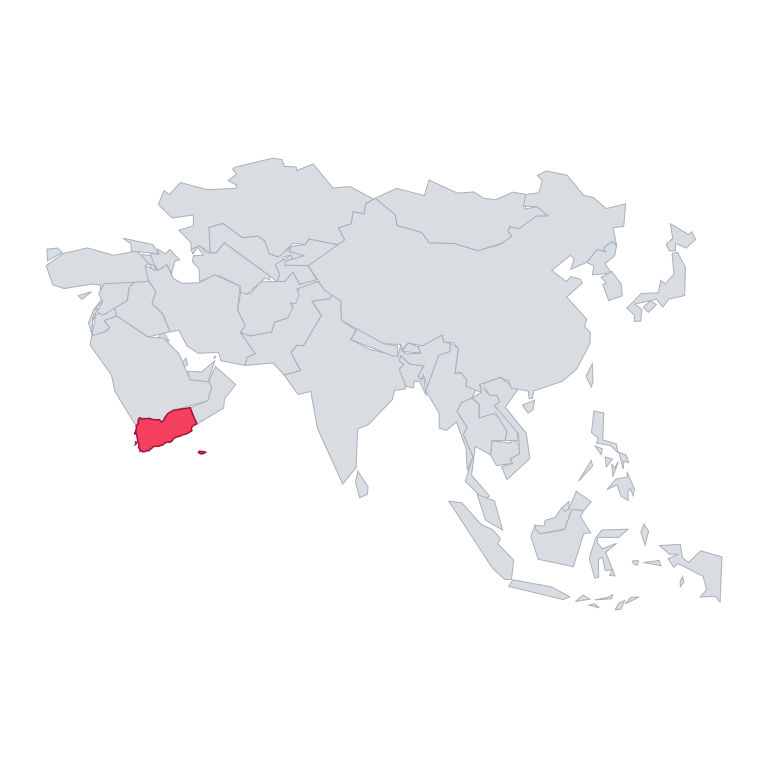 where Yemen sits in Asia
{"feature_id": "YEM", "entity_name": "Yemen", "entity_type": "country or territory", "adm_level": 0, "iso_a3": "YEM", "parent_name": "Asia", "parent_adm1": "", "projection": "natural_earth1", "projection_center": [47.23, 15.658], "detail": "fine", "context": "in_parent", "style": "filled", "palette": "rose", "viewbox_px": 768, "rotation_deg": 0, "n_neighbors": 45, "source": "natural_earth", "source_scale": "50m", "svg_char_len": 15611}
<svg xmlns="http://www.w3.org/2000/svg" viewBox="0 0 768 768"><path d="M373.2,199.0L365.7,204.1L364.2,213.9L353.3,211.7L351.2,223.8L338.4,228.1L344.8,239.9L342.3,245.6L308.7,239.1L305.3,244.6L292.6,243.2L279.8,257.2L269.1,253.7L264.8,241.2L258.0,236.2L242.4,237.7L222.8,223.5L209.1,227.5L210.2,252.8L199.6,245.8L191.1,249.5L191.0,242.6L178.9,230.2L193.5,225.7L193.3,214.9L172.3,218.0L158.3,204.5L164.0,190.7L169.4,194.6L180.6,182.5L206.5,189.6L235.8,188.4L236.8,185.2L228.2,180.7L236.6,174.0L232.6,169.5L234.8,167.2L272.7,158.2L281.9,159.6L284.4,166.4L296.3,167.0L296.4,170.6L313.1,164.0L333.0,188.0L350.2,186.6L373.2,199.0Z" fill="#d9dde1" stroke="#a8b0b8" stroke-width="1"/><path d="M210.2,252.8L209.1,227.5L222.8,223.5L242.4,237.7L258.0,236.2L264.8,241.2L269.1,253.7L277.8,257.2L291.7,246.2L289.2,251.3L304.0,255.8L297.4,260.8L290.9,260.3L290.8,255.2L283.6,256.8L279.9,265.0L275.3,264.7L279.8,274.5L277.1,281.5L224.3,242.9L216.3,252.7L210.2,252.8Z" fill="#d9dde1" stroke="#a8b0b8" stroke-width="1"/><path d="M721.9,557.0L720.1,602.0L715.2,596.3L700.1,597.1L706.8,589.6L703.0,576.3L678.0,563.5L673.8,567.4L668.1,558.5L678.4,554.3L669.6,554.3L659.5,545.5L680.2,544.4L682.6,558.2L688.7,562.3L700.8,550.8L721.9,557.0ZM624.7,600.5L621.0,609.1L615.2,609.8L618.7,603.2L624.7,600.5ZM680.4,586.7L680.1,581.5L682.6,576.6L683.7,582.0L680.4,586.7ZM583.8,510.5L580.5,516.7L590.7,532.8L583.7,533.6L573.4,566.7L538.2,559.3L530.8,536.2L535.0,525.2L540.1,533.7L559.7,530.6L564.6,529.1L571.7,509.3L583.8,510.5ZM643.6,562.5L659.0,560.4L661.1,565.7L643.6,562.5ZM637.5,565.2L633.4,563.9L632.3,561.0L638.3,560.6L637.5,565.2ZM644.0,524.0L648.6,531.2L645.1,545.2L640.9,532.0L644.0,524.0ZM602.0,530.0L628.0,529.2L618.7,537.4L597.8,537.4L597.0,542.6L602.3,548.8L616.7,543.3L605.7,552.2L615.0,575.9L609.5,575.5L612.6,569.9L605.2,570.6L602.4,557.2L598.4,559.3L598.7,577.2L594.9,578.2L589.2,558.4L595.7,538.0L602.0,530.0ZM599.3,607.9L588.8,605.1L594.4,603.7L599.3,607.9ZM594.7,599.9L607.2,597.5L612.7,594.9L611.6,598.8L594.7,599.9ZM582.9,595.0L590.0,599.2L575.7,601.4L582.9,595.0ZM512.9,579.8L551.8,587.0L569.8,596.9L562.9,599.5L508.6,586.4L512.9,579.8ZM497.9,543.9L513.7,560.2L511.5,579.4L504.9,579.6L492.5,568.2L448.8,501.2L461.9,502.8L481.1,524.5L492.2,529.4L500.3,538.3L497.9,543.9Z" fill="#d9dde1" stroke="#a8b0b8" stroke-width="1"/><path d="M625.2,603.9L630.7,597.3L639.0,597.0L625.2,603.9Z" fill="#d9dde1" stroke="#a8b0b8" stroke-width="1"/><path d="M97.8,308.4L92.7,318.2L91.9,334.6L88.5,322.7L93.7,309.7L97.8,308.4Z" fill="#d9dde1" stroke="#a8b0b8" stroke-width="1"/><path d="M102.5,302.0L93.8,309.7L101.6,299.2L102.5,302.0Z" fill="#d9dde1" stroke="#a8b0b8" stroke-width="1"/><path d="M96.1,314.5L92.3,321.8L94.0,313.6L96.1,314.5Z" fill="#d9dde1" stroke="#a8b0b8" stroke-width="1"/><path d="M96.1,314.5L114.6,307.7L116.7,316.1L104.1,320.7L109.7,327.6L98.4,336.7L91.9,334.6L96.1,314.5Z" fill="#d9dde1" stroke="#a8b0b8" stroke-width="1"/><path d="M187.6,371.2L201.7,372.0L214.6,361.0L207.6,383.3L190.1,379.8L187.6,371.2Z" fill="#d9dde1" stroke="#a8b0b8" stroke-width="1"/><path d="M183.1,367.6L182.7,362.6L185.8,358.2L187.7,364.4L183.1,367.6Z" fill="#d9dde1" stroke="#a8b0b8" stroke-width="1"/><path d="M162.7,330.8L169.1,341.2L158.5,337.4L162.7,330.8Z" fill="#d9dde1" stroke="#a8b0b8" stroke-width="1"/><path d="M116.7,316.1L114.6,307.7L127.3,300.4L129.1,287.0L137.5,279.9L148.6,281.4L155.9,291.7L152.1,303.6L162.9,314.0L170.0,331.7L147.9,336.9L116.7,316.1Z" fill="#d9dde1" stroke="#a8b0b8" stroke-width="1"/><path d="M208.8,381.9L215.4,366.5L235.6,384.6L224.4,399.0L223.7,408.0L197.0,423.9L190.3,407.6L207.8,400.7L211.5,386.8L208.8,381.9ZM215.8,356.8L213.4,358.6L215.0,356.2L215.8,356.8Z" fill="#d9dde1" stroke="#a8b0b8" stroke-width="1"/><path d="M490.5,454.8L492.0,440.7L510.3,443.1L512.6,438.3L519.7,445.5L519.5,453.8L509.9,459.1L512.7,463.3L496.5,465.6L490.5,454.8Z" fill="#d9dde1" stroke="#a8b0b8" stroke-width="1"/><path d="M505.2,440.4L492.0,440.7L490.5,454.8L475.3,446.4L471.5,475.2L489.5,496.1L483.7,499.7L465.3,481.3L472.8,456.8L463.3,434.5L467.0,427.2L456.9,411.5L461.4,402.7L471.9,397.8L479.3,404.4L479.1,417.9L491.2,412.4L500.6,418.5L506.8,431.4L505.2,440.4Z" fill="#d9dde1" stroke="#a8b0b8" stroke-width="1"/><path d="M518.0,440.9L505.2,440.4L506.8,431.4L495.7,412.9L479.1,417.9L479.3,404.4L471.9,397.8L481.3,392.5L479.6,384.6L489.7,395.4L496.9,395.4L499.8,401.5L494.7,405.8L516.8,429.0L518.0,440.9Z" fill="#d9dde1" stroke="#a8b0b8" stroke-width="1"/><path d="M471.9,397.8L461.4,402.7L456.9,411.5L467.0,427.2L463.3,434.5L472.8,456.8L467.3,470.4L466.0,448.3L456.4,422.0L446.4,430.4L439.3,428.1L439.1,413.1L425.6,390.4L438.7,355.0L449.9,351.5L450.1,343.3L458.5,348.5L455.0,373.6L461.0,372.5L466.8,380.2L465.7,386.0L477.0,387.8L471.9,397.8Z" fill="#d9dde1" stroke="#a8b0b8" stroke-width="1"/><path d="M501.5,466.6L512.7,463.3L509.9,459.1L519.5,453.8L518.6,433.9L494.7,405.8L499.8,401.5L496.9,395.4L489.7,395.4L482.5,383.6L500.3,377.4L517.5,389.9L505.2,407.2L526.3,433.4L529.9,458.4L506.9,479.6L501.5,466.6Z" fill="#d9dde1" stroke="#a8b0b8" stroke-width="1"/><path d="M616.6,245.3L614.7,255.7L605.0,263.5L611.3,273.1L592.4,274.9L593.9,266.0L586.7,262.3L589.9,257.9L597.3,249.3L605.3,251.7L603.4,248.1L611.9,241.3L616.6,245.3Z" fill="#d9dde1" stroke="#a8b0b8" stroke-width="1"/><path d="M601.2,277.3L611.7,271.4L621.2,284.0L622.2,295.8L608.7,300.6L602.7,284.4L606.5,283.3L601.2,277.3Z" fill="#d9dde1" stroke="#a8b0b8" stroke-width="1"/><path d="M375.1,198.4L396.6,188.4L424.4,195.6L429.0,180.1L457.4,193.1L473.9,191.9L484.0,198.5L495.8,199.6L512.9,192.1L525.8,194.5L525.4,209.0L537.0,206.7L548.2,213.6L518.8,228.8L509.7,226.8L508.1,231.2L511.9,236.1L505.7,242.0L478.0,250.8L454.0,243.5L429.4,243.0L421.8,232.7L397.0,225.5L395.2,214.7L375.1,198.4Z" fill="#d9dde1" stroke="#a8b0b8" stroke-width="1"/><path d="M450.1,343.3L449.9,351.5L438.7,355.0L427.4,386.5L423.4,375.5L421.2,379.9L417.8,376.3L423.9,366.1L409.5,364.1L400.9,355.9L399.3,360.6L403.8,364.3L399.3,369.4L403.0,371.3L405.5,388.9L394.5,390.3L392.3,399.6L368.4,424.6L357.6,429.1L356.1,467.5L342.7,484.0L317.5,428.5L310.7,391.3L298.2,394.6L284.1,375.0L300.5,370.4L290.8,352.4L296.8,345.2L303.5,345.7L321.3,315.4L311.7,301.1L329.1,298.8L334.0,293.0L340.8,301.1L341.5,320.6L355.8,329.9L350.8,339.6L370.0,349.5L398.0,356.1L400.8,344.5L402.1,351.3L407.6,354.0L420.7,353.2L418.1,346.7L442.2,335.0L443.8,342.2L450.1,343.3Z" fill="#d9dde1" stroke="#a8b0b8" stroke-width="1"/><path d="M423.4,375.5L426.4,396.0L419.7,381.5L414.3,381.2L413.5,387.9L406.2,386.4L399.3,369.4L403.8,364.3L399.3,360.6L400.9,355.9L409.5,364.1L423.9,366.1L417.8,376.3L421.2,379.9L423.4,375.5Z" fill="#d9dde1" stroke="#a8b0b8" stroke-width="1"/><path d="M418.1,346.7L420.7,353.2L402.1,351.3L408.1,343.0L418.1,346.7Z" fill="#d9dde1" stroke="#a8b0b8" stroke-width="1"/><path d="M397.4,345.9L398.0,356.1L393.2,356.2L350.8,339.6L358.0,328.2L384.0,343.7L397.4,345.9Z" fill="#d9dde1" stroke="#a8b0b8" stroke-width="1"/><path d="M334.0,293.0L329.1,298.8L311.7,301.1L321.3,315.4L303.5,345.7L296.8,345.2L290.8,352.4L300.5,370.4L284.1,375.0L273.1,363.0L245.0,365.4L246.9,357.3L255.1,353.7L240.3,332.4L250.0,335.9L271.6,331.9L274.5,322.1L287.8,317.9L299.8,285.9L318.0,281.6L324.5,290.2L334.0,293.0Z" fill="#d9dde1" stroke="#a8b0b8" stroke-width="1"/><path d="M259.9,281.8L284.7,281.5L293.0,272.2L299.7,284.4L307.2,279.1L318.0,281.6L296.8,289.0L299.2,295.3L295.7,303.4L290.3,303.2L292.8,307.8L287.8,317.9L274.5,322.1L271.6,331.9L250.0,335.9L240.3,332.4L245.3,326.0L237.6,310.4L240.7,291.9L250.7,293.6L259.9,281.8Z" fill="#d9dde1" stroke="#a8b0b8" stroke-width="1"/><path d="M277.1,281.5L279.8,274.5L275.3,264.7L290.8,255.2L293.2,260.1L285.0,265.1L308.3,265.7L316.8,279.6L299.7,284.4L293.0,272.2L284.7,281.5L277.1,281.5Z" fill="#d9dde1" stroke="#a8b0b8" stroke-width="1"/><path d="M291.7,246.2L305.3,244.6L308.7,239.1L342.3,245.6L308.3,265.7L285.0,265.1L285.2,261.1L304.0,255.8L289.2,251.3L291.7,246.2Z" fill="#d9dde1" stroke="#a8b0b8" stroke-width="1"/><path d="M191.1,249.5L199.6,245.8L207.4,253.1L216.3,252.7L224.3,242.9L269.6,275.8L269.7,280.0L265.3,278.0L246.5,294.5L240.7,291.9L239.9,286.1L218.4,275.4L199.6,281.2L199.1,269.0L192.4,261.6L193.5,255.8L203.5,255.2L197.7,247.2L192.9,254.0L191.1,249.5Z" fill="#d9dde1" stroke="#a8b0b8" stroke-width="1"/><path d="M170.0,331.7L162.9,314.0L152.1,303.6L155.9,291.7L145.6,275.8L145.1,265.7L156.3,270.5L166.9,264.7L173.3,278.5L182.5,283.4L199.1,282.8L214.4,274.8L239.9,286.1L237.6,310.4L245.3,326.0L240.3,332.4L255.1,353.7L246.9,357.3L245.0,365.4L221.1,360.8L218.5,352.3L198.4,353.3L187.0,346.0L178.8,330.1L170.0,331.7Z" fill="#d9dde1" stroke="#a8b0b8" stroke-width="1"/><path d="M97.1,312.3L102.5,302.0L98.8,293.6L103.8,283.8L135.1,280.9L129.1,287.0L127.3,300.4L103.3,315.1L97.1,312.3Z" fill="#d9dde1" stroke="#a8b0b8" stroke-width="1"/><path d="M158.3,270.3L142.7,260.0L142.3,254.3L153.2,256.2L158.3,270.3Z" fill="#d9dde1" stroke="#a8b0b8" stroke-width="1"/><path d="M148.6,281.4L103.8,283.8L100.3,290.7L100.5,285.0L92.5,284.0L64.2,288.5L52.9,284.9L46.1,265.5L63.8,253.4L87.5,247.9L113.6,255.3L137.1,250.9L148.9,263.8L145.1,265.7L148.6,281.4ZM47.0,249.2L57.4,248.0L62.5,252.8L47.5,260.7L47.0,249.2Z" fill="#d9dde1" stroke="#a8b0b8" stroke-width="1"/><path d="M368.1,487.1L367.3,494.3L359.7,497.8L355.5,482.4L357.9,471.2L368.1,487.1Z" fill="#d9dde1" stroke="#a8b0b8" stroke-width="1"/><path d="M528.2,413.2L522.4,405.1L534.6,400.1L532.9,409.8L528.2,413.2ZM308.3,265.7L344.8,239.9L338.4,228.1L351.2,223.8L353.3,211.7L364.2,213.9L365.7,204.1L375.1,198.4L395.2,214.7L397.0,225.5L421.8,232.7L429.4,243.0L454.0,243.5L478.0,250.8L499.9,244.5L511.9,236.1L508.1,231.2L509.7,226.8L518.8,228.8L536.5,216.1L548.4,216.0L537.0,206.7L523.2,206.2L525.8,194.5L538.9,192.8L542.2,180.7L537.5,175.4L546.4,171.0L567.0,175.2L583.6,195.3L593.5,197.5L606.0,208.6L625.6,203.9L623.7,226.5L613.0,227.7L616.6,245.3L611.9,241.3L603.4,248.1L605.3,251.7L597.3,249.3L586.7,262.3L570.8,269.4L574.2,258.9L570.4,255.3L551.6,270.5L566.2,281.5L571.3,276.5L580.5,279.4L582.3,283.0L566.6,297.0L586.8,319.4L584.5,326.5L590.3,332.3L590.0,343.5L576.6,369.1L562.2,381.3L533.6,391.0L532.4,398.3L529.2,398.7L528.2,391.0L511.4,388.1L508.8,381.3L500.3,377.4L479.6,384.6L481.3,392.5L465.7,386.0L466.8,380.2L461.0,372.5L455.0,373.6L458.5,348.5L453.4,342.7L443.8,342.2L442.2,335.0L422.6,345.8L408.1,343.0L401.8,350.0L400.8,344.5L384.0,343.7L341.5,320.6L340.8,301.1L324.5,290.2L308.3,265.7Z" fill="#d9dde1" stroke="#a8b0b8" stroke-width="1"/><path d="M592.3,363.9L593.0,381.3L591.3,387.0L586.0,376.0L592.3,363.9Z" fill="#d9dde1" stroke="#a8b0b8" stroke-width="1"/><path d="M157.8,249.0L165.5,253.9L169.7,249.3L179.7,260.0L175.2,260.6L171.5,273.4L166.9,264.7L158.3,270.3L153.4,262.5L150.0,253.2L158.3,254.5L157.8,249.0ZM156.3,270.5L152.5,269.6L148.9,263.8L154.1,265.4L156.3,270.5Z" fill="#d9dde1" stroke="#a8b0b8" stroke-width="1"/><path d="M122.9,238.2L152.7,244.6L159.1,253.7L131.3,251.2L130.9,243.6L122.9,238.2Z" fill="#d9dde1" stroke="#a8b0b8" stroke-width="1"/><path d="M601.2,454.7L595.0,446.0L602.3,448.7L601.2,454.7ZM612.9,476.7L611.8,463.8L614.4,468.1L618.4,461.4L612.9,476.7ZM627.0,471.6L634.6,489.4L632.9,495.7L630.4,488.6L627.8,492.2L628.3,500.5L621.1,496.5L617.0,484.9L607.1,489.4L616.0,479.0L627.6,476.9L627.0,471.6ZM592.6,466.1L578.5,481.2L591.2,460.5L592.6,466.1ZM603.7,413.0L602.8,440.0L616.3,443.8L617.7,452.4L610.4,445.4L596.6,443.2L598.3,438.6L591.5,432.5L594.0,411.0L603.7,413.0ZM606.4,466.9L605.1,456.9L612.5,459.0L606.4,466.9ZM626.4,455.0L628.6,462.7L623.9,460.9L623.2,469.0L618.8,452.2L626.4,455.0Z" fill="#d9dde1" stroke="#a8b0b8" stroke-width="1"/><path d="M477.2,494.4L494.5,500.9L502.6,530.1L485.5,520.0L477.2,494.4ZM583.8,510.5L571.7,509.3L564.6,529.1L540.1,533.7L536.0,529.8L535.0,525.2L544.0,526.2L545.1,520.4L554.7,517.6L561.8,507.8L568.6,509.2L576.3,491.2L591.3,501.7L583.8,510.5Z" fill="#d9dde1" stroke="#a8b0b8" stroke-width="1"/><path d="M569.0,501.4L568.6,509.2L564.6,511.4L561.8,507.8L569.0,501.4Z" fill="#d9dde1" stroke="#a8b0b8" stroke-width="1"/><path d="M685.4,267.4L684.7,295.5L668.7,299.1L662.7,307.1L656.7,299.2L634.8,304.1L641.8,309.3L640.7,321.1L634.4,321.3L634.3,315.0L626.9,308.2L641.3,293.4L658.3,292.8L660.7,280.4L665.4,283.7L673.9,274.1L672.1,253.6L677.5,252.3L685.4,267.4ZM688.7,234.6L691.4,231.7L695.6,239.4L686.0,248.1L675.7,243.4L675.4,250.9L669.3,251.0L666.2,244.2L672.7,238.5L670.3,223.7L688.7,234.6ZM643.4,307.1L650.5,300.8L656.3,304.7L648.3,312.4L643.4,307.1Z" fill="#d9dde1" stroke="#a8b0b8" stroke-width="1"/><path d="M92.0,335.6L106.7,331.1L109.7,327.6L104.1,320.7L116.7,316.1L147.9,336.9L163.6,338.1L179.2,354.2L190.1,379.8L208.8,381.9L211.5,386.8L207.8,400.7L173.4,410.3L161.0,421.8L139.7,417.5L136.1,426.0L115.0,391.7L111.5,375.1L89.9,344.7L92.0,335.6Z" fill="#d9dde1" stroke="#a8b0b8" stroke-width="1"/><path d="M91.4,291.7L82.1,299.4L78.2,295.7L91.4,291.7Z" fill="#d9dde1" stroke="#a8b0b8" stroke-width="1"/><path d="M196.8,423.9L193.9,425.2L193.1,425.7L192.4,426.4L191.8,427.2L191.5,428.7L191.8,430.1L191.8,430.8L191.0,431.3L190.3,431.6L189.5,432.2L189.0,432.3L188.6,432.7L188.1,433.0L186.5,433.8L184.7,434.4L181.8,435.1L180.7,435.8L179.7,436.4L178.1,436.5L176.0,437.3L174.8,437.8L173.4,438.8L173.1,439.1L172.8,439.8L172.4,440.4L171.5,441.4L170.8,441.9L170.4,441.9L169.5,442.2L168.5,442.3L166.8,441.9L166.4,442.2L166.0,442.6L164.7,443.2L163.4,444.6L162.4,445.0L160.8,445.4L159.7,446.0L159.0,446.2L158.0,446.3L156.2,446.3L154.6,446.5L153.0,446.8L152.3,447.6L151.4,448.7L150.1,449.2L149.8,449.6L149.3,450.5L148.5,450.7L147.7,450.8L146.8,450.5L145.3,451.5L144.7,451.6L143.8,451.7L143.2,451.9L142.8,451.8L142.2,451.4L141.0,451.0L140.1,451.3L140.1,450.3L138.6,447.3L139.0,444.8L139.0,444.4L138.7,443.2L137.8,442.2L137.9,440.9L137.6,439.9L137.4,438.9L137.4,438.7L137.4,438.4L137.0,436.9L136.9,436.6L136.8,436.3L137.0,436.0L137.0,435.8L136.7,435.3L136.5,434.4L135.3,433.7L135.6,433.1L135.8,433.3L136.1,433.5L136.2,433.1L136.2,432.8L135.7,430.8L136.4,428.2L136.2,425.8L137.3,424.9L137.6,424.6L137.7,424.3L138.0,423.8L138.4,423.6L138.5,423.1L138.5,422.8L138.3,422.5L138.1,421.9L138.2,421.0L138.2,420.7L138.3,420.1L138.7,419.8L138.8,419.6L138.5,419.2L139.2,418.3L139.5,418.1L139.9,417.9L140.2,417.9L140.6,418.0L140.9,418.2L141.3,418.6L141.6,418.9L142.2,419.1L142.5,419.1L142.8,419.2L143.1,419.1L143.4,418.9L143.8,418.9L144.2,418.7L145.4,418.6L146.5,418.7L147.7,418.5L148.9,418.5L150.1,418.5L150.3,418.5L150.6,418.7L151.6,419.3L152.3,419.4L153.9,419.6L155.5,419.7L156.9,419.9L158.1,419.7L159.1,419.6L159.4,419.6L159.7,420.0L160.3,420.9L160.8,421.8L161.8,421.9L162.4,421.5L163.1,421.1L163.6,420.7L164.1,419.3L164.4,418.4L165.1,417.3L165.7,416.5L166.5,415.3L167.0,414.7L167.9,413.5L168.7,413.0L170.3,412.0L171.9,411.1L173.0,410.5L173.8,410.2L175.3,410.0L177.1,409.7L178.8,409.4L180.7,409.2L182.7,408.8L184.2,408.6L186.0,408.3L187.5,408.1L188.8,407.9L190.2,407.6L190.4,408.3L190.7,409.0L191.0,409.7L191.2,410.4L191.5,411.1L191.8,411.8L192.0,412.5L192.3,413.2L192.6,413.9L192.8,414.6L193.1,415.3L193.4,416.0L193.6,416.6L193.9,417.3L194.2,418.0L194.4,418.7L194.7,419.4L195.1,419.6L195.4,420.3L195.7,421.2L196.1,422.1L196.5,423.0L196.8,423.9ZM201.0,451.7L201.4,451.8L202.0,451.5L203.5,451.5L205.5,452.3L205.1,452.5L204.9,452.8L204.1,453.0L203.2,453.6L200.8,453.9L200.1,453.7L199.5,453.2L198.4,452.4L198.8,451.9L198.9,451.7L199.1,451.5L199.7,451.2L200.3,451.2L201.0,451.7ZM136.0,442.5L135.9,442.6L135.5,442.2L135.9,441.8L136.1,442.2L136.0,442.5ZM134.9,433.2L134.7,433.4L134.7,433.1L134.8,432.5L135.0,432.3L135.1,432.8L135.0,433.0L134.9,433.2ZM135.8,444.3L135.5,444.5L135.7,444.0L136.0,443.9L135.8,444.3Z" fill="#f43f5e" stroke="#9f1239" stroke-width="1.5"/></svg>